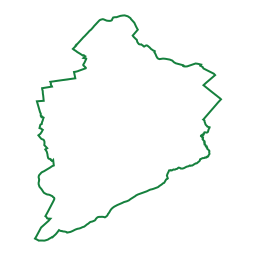 Bogdanesti, Suceava, Romania
{"feature_id": "2599482B43476485710108", "entity_name": "Bogdanesti", "entity_type": "district", "adm_level": 2, "iso_a3": "ROU", "parent_name": "Romania", "parent_adm1": "Suceava", "projection": "equal_earth", "projection_center": [26.284, 47.362], "detail": "fine", "context": "isolated", "style": "outline", "palette": "green", "viewbox_px": 256, "rotation_deg": 0, "n_neighbors": 0, "source": "geoboundaries", "source_scale": "gbopen_adm2", "svg_char_len": 5670}
<svg xmlns="http://www.w3.org/2000/svg" viewBox="0 0 256 256"><path d="M215.1,75.1L213.8,73.7L203.5,68.5L203.0,67.7L202.7,67.1L201.1,66.1L200.3,65.7L201.1,64.6L197.8,63.8L195.6,63.5L187.1,66.4L185.2,66.5L184.0,66.4L183.3,66.1L183.6,65.5L183.4,65.3L175.8,63.3L173.9,62.2L172.3,60.6L169.8,59.6L165.4,58.8L163.0,58.6L159.6,59.1L159.1,59.0L157.8,58.4L157.2,57.7L156.2,55.9L156.0,55.2L155.0,53.1L154.4,52.3L154.8,51.2L153.9,50.7L153.0,50.4L152.5,49.9L151.3,49.2L150.5,48.4L149.7,47.5L147.6,45.8L146.8,45.4L146.0,45.5L145.2,45.9L144.4,46.5L143.9,46.5L143.4,46.2L143.1,45.7L141.9,44.9L141.3,44.4L140.9,44.5L139.8,44.4L138.9,44.1L138.4,43.5L137.5,42.3L136.9,40.6L136.9,40.1L136.6,39.6L135.9,39.1L133.6,36.8L132.7,35.6L137.8,29.7L136.2,26.8L134.3,22.7L131.0,19.1L130.4,18.1L127.8,16.3L124.7,15.4L122.9,15.5L120.3,15.9L116.5,17.2L115.0,17.2L113.2,17.5L112.4,18.8L112.2,19.3L112.1,19.7L111.7,20.3L111.1,20.6L110.4,20.8L109.6,20.9L108.0,20.8L106.6,20.6L103.5,19.3L102.5,19.2L100.7,19.7L99.8,20.1L99.2,20.6L93.6,26.6L93.5,26.9L91.0,29.7L90.3,30.2L89.2,31.2L87.9,32.7L85.9,34.8L84.8,36.0L83.1,37.6L82.0,38.9L81.4,39.5L80.8,40.2L76.4,45.0L76.2,44.8L75.7,45.4L76.0,45.8L72.9,48.9L73.9,49.7L75.8,50.9L77.2,52.0L79.7,53.5L82.8,55.5L83.3,55.2L83.7,55.2L84.2,55.5L84.6,56.0L85.2,56.3L83.5,58.0L86.2,58.5L86.3,58.7L84.5,62.6L83.3,64.6L83.2,65.0L83.5,65.5L85.8,67.7L85.8,68.1L85.7,68.3L78.7,70.8L77.8,71.2L75.8,71.7L74.0,72.0L75.2,77.8L75.3,78.3L50.3,81.8L50.4,82.0L50.6,82.6L50.9,83.5L50.9,83.9L50.8,84.7L50.9,84.9L51.8,86.1L52.0,86.6L42.1,88.2L42.3,89.6L42.7,90.9L42.8,92.6L42.9,93.8L43.2,95.7L43.7,100.8L36.9,101.3L40.0,112.0L40.2,112.6L40.7,113.4L40.8,113.8L40.7,115.4L40.8,116.0L41.4,117.0L41.9,116.5L42.1,116.8L43.6,117.6L43.0,119.3L42.7,120.6L42.1,122.0L41.9,122.8L41.8,123.5L41.8,123.9L41.7,124.1L41.3,124.2L40.7,124.4L40.3,124.9L39.5,128.1L40.6,128.5L41.4,128.7L41.6,129.1L42.8,129.9L42.3,130.7L41.8,131.7L40.4,133.8L38.4,135.3L39.9,137.2L41.4,138.9L43.4,139.7L43.9,140.2L44.4,141.4L44.5,143.0L44.3,145.1L47.2,148.2L45.3,149.4L46.6,151.4L46.8,151.8L47.2,153.3L47.5,154.6L47.6,155.8L48.1,157.9L48.5,158.5L49.1,158.8L50.0,158.9L50.1,159.1L50.7,159.3L50.8,160.0L51.4,160.1L51.5,160.2L51.6,160.6L52.0,161.0L52.7,160.8L53.2,160.2L53.8,165.5L52.5,166.0L51.6,166.5L50.2,167.5L44.2,171.1L43.5,171.5L42.7,171.8L41.8,172.3L41.2,172.8L39.2,175.1L38.9,175.7L38.6,177.1L38.9,178.5L39.2,179.5L39.0,180.2L39.1,180.6L39.0,181.1L38.6,182.9L38.7,184.5L39.1,185.4L39.3,186.3L39.5,186.8L41.6,189.3L43.7,192.5L44.1,192.9L46.5,194.2L47.4,194.5L47.8,194.5L49.4,194.8L52.4,196.2L53.0,197.0L53.6,197.4L54.1,197.8L54.3,198.3L54.3,198.8L54.2,199.4L53.2,201.5L47.4,212.6L45.4,216.2L46.3,216.9L46.8,217.6L47.0,218.1L47.4,218.5L48.0,218.6L49.3,218.6L50.4,218.7L48.6,220.8L41.1,227.5L36.3,236.5L35.0,238.6L37.8,240.0L38.7,240.6L40.9,240.5L43.9,240.6L44.6,240.6L46.0,240.2L47.9,239.6L48.9,238.9L51.1,237.7L52.1,237.0L52.5,237.3L53.7,236.1L55.7,234.3L57.2,232.5L59.0,230.1L60.2,230.8L61.6,231.1L61.9,231.0L62.5,231.3L63.7,231.5L64.5,231.5L66.4,232.0L67.1,232.3L67.2,232.6L70.5,231.9L72.6,231.0L75.3,229.6L77.5,228.8L79.2,228.5L80.5,228.1L82.4,227.2L84.3,226.6L87.3,224.2L87.9,223.9L88.6,223.4L89.8,222.3L90.6,221.9L92.4,221.5L94.7,220.5L95.5,219.7L95.7,219.2L96.2,218.5L97.5,217.3L98.0,217.1L98.9,216.9L102.4,216.8L103.9,217.0L104.7,217.3L105.0,217.3L106.4,216.4L107.4,215.4L108.0,214.0L108.4,213.6L109.1,212.6L109.6,211.8L110.3,210.5L111.5,208.9L112.7,207.8L114.2,206.7L117.4,205.0L122.1,203.0L123.9,202.1L127.0,201.2L128.8,200.4L130.5,199.1L133.7,197.1L134.3,196.7L135.3,196.1L136.1,195.4L137.9,194.5L145.4,191.8L146.8,191.3L149.8,189.8L151.2,189.4L151.9,189.3L153.8,188.7L157.3,187.4L158.2,187.0L158.7,186.6L159.2,186.1L161.8,184.4L162.9,183.4L164.2,182.8L166.0,179.7L166.6,179.1L167.3,178.9L167.8,178.4L166.9,175.6L167.6,173.6L168.3,172.3L169.1,170.4L170.0,170.3L170.5,170.1L170.8,170.1L171.0,170.5L171.9,170.4L173.4,169.5L174.0,169.6L174.9,169.6L176.2,169.0L176.9,168.9L177.4,168.6L178.3,167.8L178.7,167.6L179.5,167.8L180.1,168.0L180.9,168.6L181.8,168.5L182.4,168.6L183.8,168.2L186.6,166.7L188.7,166.2L189.5,165.6L189.8,165.5L190.3,165.8L190.7,165.8L191.1,165.5L192.3,165.5L193.6,164.7L194.0,164.3L194.4,164.2L195.1,163.7L196.0,163.3L196.6,163.4L197.2,163.0L198.4,161.9L199.1,161.4L199.6,160.9L199.9,160.4L200.0,159.5L200.2,159.2L200.6,159.0L201.4,158.8L202.3,158.2L202.7,158.1L203.4,158.1L204.3,158.0L204.9,157.5L205.8,157.7L206.3,157.5L206.5,157.4L206.4,157.1L206.5,156.9L207.3,156.9L207.6,156.8L207.7,156.4L208.2,156.3L208.4,155.9L208.5,155.4L209.5,153.9L209.2,152.3L209.2,151.6L209.4,151.2L209.3,150.8L209.0,150.4L208.1,149.5L207.4,149.0L207.2,147.8L206.7,147.7L206.5,147.3L206.8,146.8L206.8,146.5L206.7,146.3L206.2,146.3L205.8,146.2L205.6,145.9L205.6,145.2L205.4,144.9L204.6,144.5L204.7,144.1L204.5,143.9L204.4,143.6L204.8,143.0L204.2,142.3L204.3,141.9L204.6,141.6L204.5,141.2L203.3,140.3L203.1,139.6L202.7,139.1L202.9,138.8L202.8,138.6L202.7,138.6L202.9,138.0L202.7,137.8L202.7,137.5L202.9,137.2L202.4,136.8L202.0,137.0L201.6,136.5L201.3,136.3L201.0,136.2L200.9,136.0L201.0,135.6L201.6,135.2L201.7,135.4L202.0,135.0L202.4,135.1L202.7,135.0L202.7,134.5L202.5,134.4L203.0,134.8L203.4,134.9L203.6,134.6L203.7,134.4L203.6,134.1L203.4,133.9L203.4,133.7L204.0,133.5L204.4,132.4L204.8,132.3L206.8,132.6L207.3,132.4L207.8,132.0L208.0,131.7L208.6,129.4L209.4,128.0L209.6,127.3L209.0,127.1L207.8,126.8L207.2,126.5L207.1,126.3L207.2,126.2L206.9,125.9L206.2,125.3L205.5,124.4L205.0,122.7L204.8,122.4L204.6,121.8L204.5,120.7L204.4,120.4L203.8,120.0L203.5,119.6L203.3,119.5L203.6,119.2L218.2,102.3L221.0,99.3L220.2,98.5L210.3,90.7L203.5,85.2L206.1,82.8L215.1,75.1Z" fill="none" stroke="#15803d" stroke-width="2"/></svg>